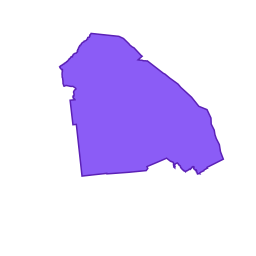 General Lavalle, Buenos Aires, Argentina, rotated 312°
{"feature_id": "61730980B99537515777431", "entity_name": "General Lavalle", "entity_type": "district", "adm_level": 2, "iso_a3": "ARG", "parent_name": "Argentina", "parent_adm1": "Buenos Aires", "projection": "mercator", "projection_center": [-56.914, -36.675], "detail": "fine", "context": "isolated", "style": "filled", "palette": "violet", "viewbox_px": 256, "rotation_deg": 312, "n_neighbors": 0, "source": "geoboundaries", "source_scale": "gbopen_adm2", "svg_char_len": 5185}
<svg xmlns="http://www.w3.org/2000/svg" viewBox="0 0 256 256"><g transform="rotate(312 128 128)"><path d="M168.6,219.7L171.9,213.3L172.5,212.3L176.7,207.1L176.9,206.7L179.2,200.7L181.2,197.1L184.1,193.5L186.6,187.2L190.9,183.0L194.5,174.5L191.5,166.1L193.4,154.7L193.5,141.8L193.5,140.1L194.1,135.8L193.0,125.4L192.8,119.5L192.3,117.7L190.8,97.5L190.5,97.4L189.8,96.2L188.7,95.0L188.0,93.9L187.9,93.4L187.3,92.5L186.7,91.9L185.4,89.9L190.8,90.5L190.7,89.0L191.6,78.9L191.5,78.3L191.1,77.2L190.9,73.7L191.2,72.3L191.5,64.9L191.4,64.4L190.0,59.9L173.6,37.3L172.9,37.5L172.7,37.5L172.3,37.5L172.1,37.6L171.9,37.4L171.5,37.5L171.4,37.7L170.8,37.9L170.7,38.1L170.5,38.3L170.3,38.3L170.2,38.4L169.7,38.5L169.6,38.2L169.0,38.0L168.7,37.7L168.4,37.6L168.2,37.6L168.0,37.8L167.5,38.0L167.2,38.3L167.1,38.1L166.8,38.1L166.4,38.1L166.2,38.2L165.8,38.3L165.3,38.3L164.8,38.2L164.4,38.0L164.0,37.8L163.8,37.7L163.5,37.6L163.3,37.4L163.2,37.5L162.8,37.4L162.5,37.6L161.6,37.2L161.4,37.1L160.1,36.9L159.5,36.9L159.0,37.2L158.6,37.4L158.1,37.2L157.1,37.0L156.8,37.0L156.6,37.2L156.5,37.4L155.9,37.3L155.6,37.4L155.3,37.4L154.9,37.6L154.6,37.6L154.0,37.8L153.3,38.3L152.7,38.2L152.5,38.4L152.0,38.5L151.9,38.6L151.4,38.7L151.1,39.0L151.0,39.4L149.0,39.4L148.5,39.0L148.3,38.8L148.0,38.7L147.7,38.5L147.2,38.4L146.3,38.1L145.6,38.2L145.4,38.3L145.1,38.5L144.6,38.5L144.0,38.5L143.6,38.8L143.5,38.7L143.5,38.8L142.6,38.3L142.1,38.2L141.6,38.2L141.3,38.4L140.8,38.4L140.4,38.1L140.0,38.3L139.8,38.3L139.7,38.1L138.9,38.3L138.3,38.2L138.0,38.3L137.8,38.3L137.7,38.3L137.4,38.3L137.1,38.4L136.9,38.4L136.7,38.3L136.7,38.2L136.4,38.0L136.1,38.1L135.8,38.0L135.6,38.0L135.2,38.1L134.5,37.7L133.9,37.7L133.4,37.4L133.2,37.4L133.1,37.6L132.4,37.4L132.0,37.3L131.8,37.1L131.0,37.0L130.6,36.8L130.4,36.9L130.0,36.8L129.6,36.5L129.3,36.4L129.1,36.4L128.9,36.4L128.6,36.3L128.3,36.7L128.1,36.8L127.7,36.4L127.3,37.1L127.0,39.2L127.1,39.6L127.4,39.8L127.6,40.0L127.5,40.3L126.9,40.5L126.6,40.7L126.6,41.1L126.0,41.5L125.7,41.5L125.4,41.7L125.3,41.9L125.0,42.1L124.3,42.6L124.1,42.8L123.7,43.1L123.5,43.4L122.7,44.2L121.7,45.1L121.5,45.7L121.2,46.1L120.5,46.9L119.5,48.1L118.5,49.1L117.6,49.9L117.2,50.6L117.0,51.3L116.7,51.6L116.3,51.9L116.2,52.1L116.4,52.5L116.7,52.9L117.2,53.0L117.7,53.2L118.4,53.7L118.6,54.3L119.0,54.7L119.2,55.2L119.3,55.3L120.4,57.3L121.1,58.2L122.1,59.2L122.2,60.0L122.4,61.5L122.5,62.3L122.5,62.6L122.3,63.0L122.1,63.2L121.6,63.2L121.4,63.2L120.5,62.9L120.2,62.9L119.8,63.0L118.6,63.3L118.2,63.5L118.0,63.9L117.9,64.1L117.7,64.4L117.4,64.8L117.1,65.0L116.9,65.2L116.9,65.4L116.6,65.7L116.1,66.0L115.9,66.0L115.7,66.0L115.3,65.8L115.2,65.8L115.4,66.1L115.3,66.4L114.5,66.6L114.1,66.6L113.9,66.7L113.7,67.0L113.6,67.6L113.8,68.1L113.8,68.8L113.5,69.6L109.9,66.4L93.6,84.9L96.1,87.2L61.5,126.0L70.4,133.9L80.1,142.6L79.8,143.0L83.3,146.4L95.4,158.0L108.5,170.0L111.2,169.8L112.0,167.9L123.3,173.2L131.4,176.9L131.7,181.7L131.9,182.1L131.9,182.4L132.0,182.5L132.3,182.8L132.3,183.4L132.3,183.5L132.5,183.6L132.5,183.8L132.7,184.2L132.7,184.6L132.4,185.3L131.9,185.7L131.9,185.8L131.7,185.9L131.5,186.1L131.3,186.2L131.2,186.4L131.1,186.5L130.8,186.8L130.3,187.5L130.0,188.0L129.8,188.2L129.7,188.2L129.7,189.3L129.9,189.1L130.4,189.0L130.7,188.8L130.8,188.8L131.0,188.3L131.4,187.7L131.7,187.5L132.0,187.3L132.0,187.2L132.5,187.3L132.8,187.2L133.0,187.1L133.2,187.3L133.8,187.4L134.1,187.5L134.4,187.8L135.0,188.0L135.1,188.3L135.1,188.6L135.0,189.0L135.0,189.5L134.8,189.9L134.7,189.9L134.6,190.3L134.7,190.5L134.6,191.1L134.6,191.5L134.7,191.9L134.8,191.9L134.8,192.2L134.7,192.5L134.5,192.8L134.3,192.9L134.1,193.2L134.0,193.4L133.9,193.6L133.8,194.0L133.9,194.4L133.9,194.6L133.7,194.8L133.7,195.3L133.6,195.6L133.6,195.8L133.6,196.3L133.5,196.5L133.6,196.8L133.6,197.0L133.8,197.7L133.7,197.8L133.8,198.0L133.8,198.3L133.7,198.4L133.8,198.5L133.8,198.8L133.9,199.1L134.0,199.4L134.0,199.7L134.0,199.9L134.0,200.1L134.7,199.9L135.0,200.1L135.3,200.3L135.5,200.2L135.7,200.3L135.9,200.6L136.8,200.9L137.3,200.9L137.6,200.9L137.8,200.9L138.0,201.1L138.3,201.5L138.6,201.6L138.9,201.5L138.9,201.8L139.1,201.9L139.3,201.9L139.4,201.7L139.5,201.8L139.4,202.0L139.5,202.0L140.1,201.9L140.5,202.0L140.7,201.8L140.8,201.8L141.6,201.7L141.9,201.8L142.6,201.9L143.0,202.3L143.2,202.9L143.2,203.2L143.0,203.3L142.8,203.3L142.7,203.4L142.3,203.3L142.2,203.2L142.1,203.5L141.8,203.8L141.7,204.0L141.7,204.3L141.9,204.7L141.8,205.3L141.7,205.8L141.8,205.9L141.9,206.0L142.1,206.1L142.0,206.3L142.4,206.3L142.5,206.5L142.4,206.6L142.2,206.6L142.2,206.9L142.3,207.4L142.1,207.6L141.5,207.8L141.4,207.9L141.3,208.0L141.5,208.2L141.5,208.4L141.3,208.6L141.1,209.0L141.0,209.4L140.9,209.7L140.8,209.8L140.5,209.9L140.1,210.2L140.4,210.1L140.3,210.4L140.5,210.6L141.0,210.8L141.3,211.1L141.5,211.2L141.6,211.4L141.8,211.4L142.0,211.6L142.1,211.8L142.2,211.5L142.7,211.4L142.9,211.5L143.6,211.6L144.7,212.0L145.3,212.2L145.5,212.2L145.7,212.5L146.3,212.6L146.9,213.0L147.2,212.9L147.3,212.8L147.5,212.7L148.0,212.7L148.3,212.8L149.1,213.1L149.6,213.2L149.8,213.4L150.6,213.5L151.1,213.8L151.1,213.6L151.4,213.5L151.6,213.4L151.7,213.1L168.6,219.7Z" fill="#8b5cf6" stroke="#5b21b6" stroke-width="1.5"/></g></svg>